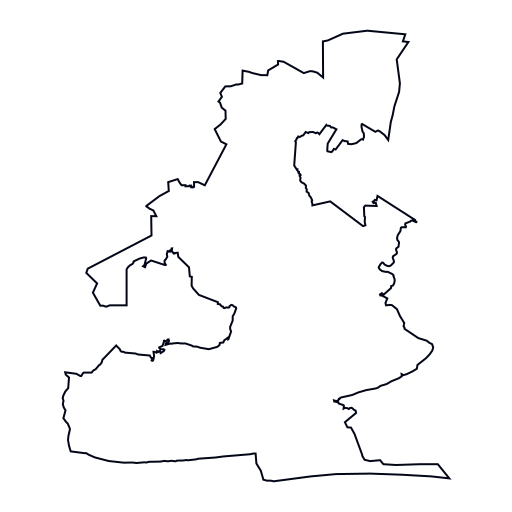 outline of Heroica Ciudad de Juchitán de Zaragoza, Oaxaca, Mexico
{"feature_id": "50627088B28921038205871", "entity_name": "Heroica Ciudad de Juchitán de Zaragoza", "entity_type": "district", "adm_level": 2, "iso_a3": "MEX", "parent_name": "Mexico", "parent_adm1": "Oaxaca", "projection": "orthographic", "projection_center": [-94.955, 16.413], "detail": "fine", "context": "isolated", "style": "outline", "palette": "ink", "viewbox_px": 512, "rotation_deg": 0, "n_neighbors": 0, "source": "geoboundaries", "source_scale": "gbopen_adm2", "svg_char_len": 6045}
<svg xmlns="http://www.w3.org/2000/svg" viewBox="0 0 512 512"><path d="M87.7,268.7L86.3,272.9L97.1,283.4L92.9,292.7L100.3,305.7L103.1,305.7L106.2,306.7L109.6,305.4L111.8,305.3L126.6,305.3L126.6,269.4L127.9,267.3L130.0,265.3L132.4,264.0L133.5,262.6L133.6,261.4L139.8,258.5L144.0,257.4L146.0,257.6L146.2,258.2L144.5,265.0L143.1,266.2L145.0,267.2L146.3,263.6L151.1,260.5L165.1,265.1L165.8,264.8L164.6,262.9L164.6,260.5L165.9,259.2L167.3,256.7L166.8,254.1L167.6,251.1L168.7,251.2L168.6,251.6L170.2,251.6L170.0,250.5L171.3,250.0L171.6,248.5L172.1,248.4L171.8,250.9L173.7,253.6L174.7,253.4L174.7,253.0L177.7,252.7L178.3,256.9L189.0,267.3L189.8,276.4L191.8,276.8L191.6,285.7L193.1,288.4L198.9,294.9L217.9,302.2L217.8,304.0L220.0,304.3L221.5,306.2L223.1,306.7L223.5,307.8L224.6,308.1L226.1,307.4L228.3,307.6L229.3,307.3L229.6,306.1L231.3,304.9L232.6,305.2L233.7,306.3L236.0,307.5L236.2,308.4L234.3,313.6L232.7,316.3L232.7,320.5L230.1,327.0L230.2,329.2L231.1,331.5L228.4,339.2L228.2,339.3L228.1,337.5L224.2,340.4L223.3,342.5L219.9,342.9L219.5,345.1L217.2,346.9L208.8,349.2L200.1,347.7L197.3,346.7L193.0,346.4L191.8,345.6L185.6,343.5L180.3,343.4L178.2,343.0L172.9,343.4L171.4,343.8L170.4,343.5L165.5,344.9L165.8,343.6L167.9,342.6L169.0,341.1L168.6,339.4L167.8,339.5L166.0,341.3L165.3,341.3L164.4,340.6L163.9,340.8L163.9,341.9L162.5,345.9L159.2,347.4L159.2,347.9L160.5,349.2L163.6,349.3L164.4,349.8L163.8,351.1L160.6,353.1L160.0,351.0L159.4,350.9L158.5,351.9L157.1,351.1L157.1,352.4L156.5,352.7L154.9,351.9L153.5,351.8L154.1,356.2L153.3,359.9L152.6,360.8L152.1,360.8L151.6,360.4L152.3,359.0L152.1,358.0L151.0,357.7L149.8,355.5L138.1,354.5L135.4,353.5L124.9,352.6L123.6,351.8L121.5,351.7L120.4,350.7L119.8,349.2L116.2,345.5L102.4,359.8L101.7,362.5L100.0,364.7L99.0,365.2L95.7,369.2L93.3,370.5L91.6,372.6L83.8,372.6L83.0,373.1L81.3,376.0L80.3,376.0L76.4,373.8L65.2,372.3L65.8,374.7L69.0,377.5L68.2,388.1L65.3,391.5L63.4,395.4L62.7,398.1L63.5,400.9L62.8,404.2L63.8,407.5L65.5,410.4L63.4,418.2L66.1,422.0L67.7,423.5L69.8,428.4L69.8,429.9L68.5,435.6L68.0,439.9L69.0,445.7L70.7,451.4L84.7,453.2L86.1,453.1L88.7,454.7L94.8,457.4L108.6,461.0L123.9,462.7L132.2,462.5L136.4,463.0L144.4,462.3L146.6,462.5L148.7,461.8L160.2,461.6L164.3,460.9L167.8,461.3L171.5,460.8L175.6,461.3L177.0,460.6L182.8,460.5L186.5,460.0L187.8,460.3L195.8,459.4L198.4,458.7L215.6,457.5L222.9,456.5L250.5,454.2L253.4,453.5L255.6,453.5L256.4,463.5L260.8,470.7L263.4,479.7L267.1,480.7L270.9,480.7L273.7,481.3L310.8,476.4L335.9,474.1L370.1,473.6L401.4,474.7L431.4,476.4L449.3,478.4L437.8,464.2L420.2,464.2L395.9,465.0L383.4,464.2L380.1,460.2L370.2,461.1L364.6,459.8L362.2,455.7L362.2,454.8L354.5,433.9L351.0,427.6L347.4,427.3L344.9,422.2L356.1,412.9L355.6,410.6L354.0,409.8L351.7,407.8L350.0,408.0L348.8,409.0L347.2,408.1L344.8,407.9L343.6,408.6L343.9,405.8L343.6,405.2L338.7,403.5L338.3,402.3L334.2,401.5L334.0,400.4L336.1,401.1L338.2,400.5L338.8,398.9L339.5,399.0L340.3,397.8L341.4,397.4L352.2,395.0L358.4,392.4L366.3,390.1L376.0,388.4L378.3,387.5L380.4,385.9L386.5,384.1L391.5,381.2L398.7,378.3L401.8,376.3L401.6,374.1L403.3,375.1L406.4,374.3L412.1,371.6L416.8,368.8L417.5,364.9L426.0,358.2L429.6,354.4L432.3,350.6L433.2,347.4L432.1,344.2L428.9,342.5L426.8,340.7L418.3,338.1L404.6,328.9L404.4,327.3L403.6,326.4L404.2,322.9L400.0,316.1L396.9,309.1L392.0,305.2L390.4,304.9L386.0,305.3L385.5,302.9L387.3,298.4L382.0,295.6L380.3,295.4L380.0,294.4L381.9,293.2L383.7,294.6L391.1,288.0L391.1,286.2L393.2,285.3L394.2,283.1L394.7,280.7L394.5,278.7L393.5,276.5L393.8,275.7L394.1,276.0L392.4,274.1L387.9,271.9L385.9,271.9L382.1,271.1L379.7,269.3L378.7,267.6L379.0,266.7L380.5,264.2L382.1,262.5L383.2,262.8L384.5,264.5L387.0,265.8L389.1,266.2L390.8,265.5L393.7,262.6L394.0,261.4L392.7,257.5L393.0,256.3L396.5,253.9L397.0,252.7L396.0,249.4L396.3,248.4L398.5,246.7L399.0,242.8L398.8,241.7L397.4,240.0L397.0,238.2L397.8,235.1L400.4,231.1L400.9,227.9L401.6,227.2L405.8,227.3L406.0,226.6L405.1,224.7L405.4,223.4L410.1,221.6L411.0,220.7L412.3,220.5L416.1,222.2L416.4,221.9L415.1,220.8L415.1,220.0L377.5,195.9L376.6,200.2L374.8,199.9L373.9,201.2L372.7,201.7L373.5,203.1L375.7,202.7L376.6,206.0L365.3,205.6L363.9,207.2L364.3,216.2L365.0,217.0L364.7,221.7L365.4,225.3L363.0,226.1L330.2,201.4L312.4,205.4L312.4,203.9L311.6,201.3L312.2,200.4L312.0,199.8L310.5,196.9L309.3,195.7L308.7,193.1L306.6,191.6L306.8,189.6L305.8,187.7L306.0,185.6L304.1,183.6L301.4,182.2L300.3,180.8L300.2,179.3L300.6,177.9L299.6,175.9L300.6,175.1L300.2,174.2L299.1,173.7L299.0,172.2L298.4,172.4L298.2,171.3L297.2,170.3L297.4,169.2L296.5,169.1L296.1,168.5L294.2,165.5L295.9,142.2L295.2,141.2L296.5,139.5L296.8,138.1L297.5,138.0L298.2,136.5L299.8,137.0L302.0,135.6L303.2,135.4L305.7,132.0L308.3,133.1L309.1,132.2L312.9,132.0L315.9,133.2L317.3,132.5L318.3,133.0L319.4,134.2L326.2,125.1L326.4,125.5L329.9,125.9L331.1,127.4L333.0,127.5L336.4,129.3L327.7,143.6L327.2,150.7L327.5,151.3L331.3,152.1L332.3,151.4L333.9,148.9L335.6,149.5L342.6,140.2L344.8,141.1L347.6,141.4L348.1,143.9L351.5,144.2L356.3,143.1L361.0,139.4L362.1,139.2L363.0,139.6L364.0,136.8L363.9,135.2L363.8,133.4L362.5,131.5L361.5,126.8L361.6,124.4L362.1,124.0L375.3,131.8L378.0,130.5L379.7,131.3L384.5,135.0L388.2,140.0L390.8,122.0L392.6,115.4L394.4,106.3L399.1,91.9L399.9,83.3L396.7,59.4L408.4,42.0L402.9,41.4L405.3,34.3L367.3,30.7L342.9,33.7L327.7,40.5L322.9,41.4L323.1,77.5L317.3,72.7L313.0,71.4L310.1,71.1L303.8,73.1L283.7,61.8L278.8,61.0L277.9,61.1L278.1,64.5L268.2,70.4L267.3,75.2L261.1,75.1L252.1,73.0L249.2,71.9L242.6,70.6L242.2,83.5L237.9,84.6L236.6,84.4L230.7,86.3L225.3,86.4L220.3,92.9L221.9,96.8L218.5,101.5L220.1,102.8L221.7,107.6L225.5,110.7L225.7,118.9L220.5,124.5L214.7,129.1L220.9,141.5L226.4,144.3L204.8,185.3L198.1,182.1L194.0,182.1L194.1,186.8L192.4,186.9L192.5,187.4L191.1,187.3L191.1,185.6L189.5,185.6L189.2,186.2L185.5,186.3L185.5,185.2L181.5,185.2L179.5,182.4L177.7,179.1L168.2,182.1L168.8,191.0L159.6,196.0L146.4,205.9L146.3,206.3L149.8,208.8L153.4,210.5L156.3,216.2L151.2,216.1L151.5,235.5L87.7,268.7Z" fill="none" stroke="#020617" stroke-width="2"/></svg>